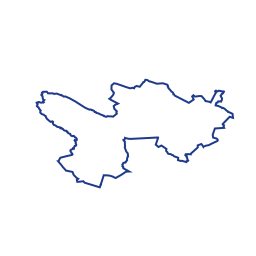 Svariņu pag., Dagdas, Latvia, rotated 21°
{"feature_id": "27541924B20848799608576", "entity_name": "Svariņu pag.", "entity_type": "district", "adm_level": 2, "iso_a3": "LVA", "parent_name": "Latvia", "parent_adm1": "Dagdas", "projection": "natural_earth1", "projection_center": [27.7, 56.101], "detail": "fine", "context": "isolated", "style": "outline", "palette": "blue", "viewbox_px": 256, "rotation_deg": 21, "n_neighbors": 0, "source": "geoboundaries", "source_scale": "gbopen_adm2", "svg_char_len": 5632}
<svg xmlns="http://www.w3.org/2000/svg" viewBox="0 0 256 256"><g transform="rotate(21 128 128)"><path d="M204.5,59.6L204.1,59.6L202.8,60.1L199.4,60.6L198.6,61.7L197.4,61.8L196.7,61.6L196.3,62.1L196.2,62.5L196.3,62.8L197.4,63.3L197.3,64.3L196.9,66.7L196.7,68.5L196.6,69.8L196.0,74.5L194.5,74.4L192.0,74.8L190.7,75.1L190.0,74.5L188.7,73.6L187.4,73.0L185.4,71.9L183.5,72.4L179.3,74.7L177.3,74.0L176.6,75.5L179.1,77.9L175.8,82.7L160.1,81.0L158.2,79.7L158.1,79.8L158.0,79.5L157.3,78.9L156.5,78.6L155.6,78.5L153.5,77.2L152.9,77.1L151.8,76.3L151.2,76.1L151.1,75.8L150.8,75.6L150.1,74.9L150.0,74.6L150.2,74.4L149.3,73.5L144.9,73.7L144.2,73.9L139.1,76.3L132.0,76.6L131.3,76.9L128.9,76.3L127.0,76.7L126.8,77.2L126.8,78.6L126.6,79.2L125.7,79.9L125.8,80.4L125.6,80.9L124.2,85.3L121.0,85.7L119.6,87.2L119.5,88.7L118.7,88.8L118.1,88.7L115.7,90.2L110.7,90.5L106.3,90.6L101.3,90.8L98.9,91.3L97.4,94.2L98.7,97.9L102.3,100.3L102.3,102.1L102.2,102.7L101.4,105.1L100.7,106.7L100.2,107.4L102.5,107.9L109.9,108.8L107.6,111.1L106.8,112.7L108.4,115.0L109.4,115.4L110.7,116.1L111.4,116.3L111.4,116.7L111.6,116.8L111.6,117.7L112.4,118.6L110.0,122.8L108.9,122.9L108.3,123.1L106.9,123.7L104.8,124.2L104.1,124.8L103.9,125.2L103.6,125.4L101.4,125.5L101.2,125.5L101.1,125.2L96.8,125.2L95.3,124.9L93.1,125.3L92.1,124.6L91.1,125.0L90.1,124.2L89.8,124.1L89.3,124.2L88.7,124.1L87.7,124.3L87.5,124.1L86.6,124.1L85.7,124.4L85.6,124.6L84.8,124.7L80.5,124.4L70.7,122.4L70.1,122.2L68.4,122.0L63.0,121.2L58.1,121.0L56.9,121.7L54.0,121.1L53.9,121.4L49.1,121.4L46.7,122.7L45.3,122.6L41.0,124.3L39.1,123.2L35.7,124.7L35.4,125.0L35.1,125.9L35.8,126.4L35.7,127.6L35.2,127.8L35.3,128.3L36.2,128.8L36.6,128.8L36.8,129.0L37.0,129.2L37.7,130.7L38.8,132.0L39.0,132.0L39.8,132.0L39.3,133.2L39.7,133.8L40.2,134.1L39.9,134.6L38.9,134.6L38.7,135.1L37.6,135.5L37.0,135.7L35.5,135.6L34.5,136.4L33.6,137.1L34.5,138.0L35.1,138.1L35.1,138.7L35.1,138.9L35.2,139.0L35.0,140.1L35.5,140.5L36.6,140.7L37.0,140.8L37.4,141.0L37.9,141.7L38.7,142.2L39.5,142.5L40.0,142.9L39.8,143.1L40.0,143.3L40.3,144.0L40.5,144.3L40.4,144.7L40.5,144.8L40.6,145.0L41.0,145.3L42.5,145.9L44.2,145.8L44.5,145.8L45.7,146.3L46.8,146.3L47.2,146.8L47.5,147.1L47.8,147.6L48.0,147.8L48.6,148.0L49.3,148.6L50.0,148.8L51.4,149.4L53.6,150.0L54.3,149.6L54.6,149.1L54.8,148.9L55.3,148.9L55.9,149.2L55.9,149.5L55.9,149.9L56.3,150.7L56.8,151.1L57.7,151.7L58.0,151.7L58.9,151.6L60.2,151.8L60.6,152.0L61.6,152.3L62.0,152.2L62.6,152.0L63.5,152.0L65.0,151.7L65.6,151.9L65.7,152.0L65.6,152.3L66.3,152.1L66.5,152.0L67.0,152.4L67.5,152.2L68.9,153.0L69.5,153.1L70.6,153.0L71.4,152.7L71.8,153.0L72.7,153.1L73.1,153.4L73.0,153.8L74.2,154.3L76.1,154.2L76.8,155.0L77.0,155.1L77.5,155.4L78.2,155.6L78.7,155.4L79.4,155.4L79.8,155.0L80.6,154.9L81.9,155.6L83.1,155.8L83.8,156.3L84.1,156.6L84.5,157.5L84.3,157.9L83.3,158.2L82.8,158.2L82.9,158.6L82.7,158.8L83.9,159.7L84.5,160.2L84.5,160.5L84.6,161.0L85.5,161.8L85.8,162.5L85.8,162.8L85.7,163.2L85.5,163.4L85.1,163.6L84.8,163.6L84.7,163.7L84.9,164.1L84.8,164.4L84.5,165.2L84.4,165.7L85.0,166.8L84.9,166.9L84.4,166.9L84.2,166.6L83.9,166.6L83.8,167.6L82.4,168.9L82.3,169.1L82.3,169.6L82.5,170.2L82.8,170.3L83.1,170.7L84.1,171.3L84.4,171.9L84.5,172.0L85.3,172.0L85.6,172.5L85.5,172.8L85.4,173.2L80.4,176.5L79.9,176.9L75.5,180.0L75.1,182.5L75.1,183.9L74.7,184.1L79.5,186.7L81.0,187.7L85.5,190.0L85.7,189.9L85.8,189.9L91.9,188.9L92.4,189.3L93.8,191.0L95.0,191.7L96.0,192.1L97.7,192.9L99.7,193.3L98.8,194.7L99.9,196.4L101.4,195.8L105.4,193.7L107.1,194.6L122.9,193.5L123.0,190.7L122.7,190.7L122.8,189.4L122.3,180.8L125.8,179.6L127.7,179.1L131.1,178.8L131.8,179.0L134.4,179.1L138.3,174.4L141.9,169.4L144.7,168.2L138.1,167.3L138.0,167.2L138.0,166.9L137.7,166.7L137.7,166.4L137.5,166.1L136.9,165.9L137.0,165.6L136.9,165.5L136.4,165.3L136.3,164.6L135.9,164.3L135.8,164.1L136.1,163.5L136.2,162.9L136.2,162.2L136.4,162.1L138.0,161.2L138.1,160.5L137.9,160.4L138.1,159.9L138.4,159.8L138.6,158.7L138.7,158.3L138.3,157.6L138.1,156.4L137.9,155.8L138.0,155.4L138.3,154.6L138.3,154.4L137.7,153.7L137.4,152.6L136.9,151.8L136.4,151.5L135.8,151.2L134.5,150.3L131.9,147.2L131.8,146.9L131.9,146.3L130.7,143.8L129.9,141.8L128.6,141.3L128.3,141.2L128.0,140.7L128.8,140.3L129.0,138.9L128.8,138.3L130.1,138.2L132.1,137.9L133.4,137.6L134.9,137.0L159.4,126.1L159.6,126.3L159.8,130.7L159.9,133.6L163.3,134.8L165.5,132.4L171.4,133.8L171.6,135.3L172.1,136.0L173.5,136.5L174.2,137.4L175.0,137.6L177.7,137.1L178.6,137.4L179.7,137.3L181.2,137.9L185.5,137.8L186.2,140.1L188.9,139.9L190.1,139.3L194.7,138.9L194.5,138.1L195.1,137.5L195.6,137.4L195.8,136.8L194.9,136.3L194.3,135.3L194.1,134.8L193.3,134.3L193.1,134.0L193.1,133.5L192.9,133.1L192.5,133.0L192.0,133.2L191.3,132.9L191.2,131.9L191.3,131.8L191.5,131.8L192.8,131.1L195.8,130.1L195.6,129.9L199.1,123.1L200.1,121.1L199.3,119.3L201.3,117.5L202.1,116.7L203.1,117.1L205.0,118.5L205.0,118.4L206.3,117.4L206.9,116.7L209.5,115.1L212.2,112.1L216.2,108.0L216.1,107.1L215.8,106.7L215.2,106.3L214.7,106.1L210.9,106.4L210.3,105.3L209.5,104.0L209.3,97.3L217.7,93.4L216.7,92.5L216.7,91.1L215.2,90.8L215.0,90.3L218.9,81.1L222.4,80.9L221.1,78.4L220.5,77.3L216.6,77.0L215.7,77.2L215.3,76.7L214.3,76.5L213.6,76.4L211.4,75.4L209.5,75.2L208.8,75.7L208.4,75.3L204.1,75.1L201.8,75.5L201.8,75.3L201.5,74.5L201.6,74.4L201.4,73.3L201.6,72.6L202.5,72.2L202.7,70.8L203.0,70.6L204.2,70.4L204.7,70.0L205.5,69.9L205.4,69.1L205.6,68.4L205.4,67.8L205.4,67.1L205.2,66.8L204.5,66.0L203.6,65.5L203.0,64.8L203.2,64.6L203.2,63.5L203.3,63.2L203.2,63.0L203.5,62.3L203.9,62.2L204.2,61.6L204.4,60.6L204.4,60.4L204.2,60.2L204.3,60.1L204.1,59.9L204.5,59.7L204.5,59.6Z" fill="none" stroke="#1e3a8a" stroke-width="2"/></g></svg>